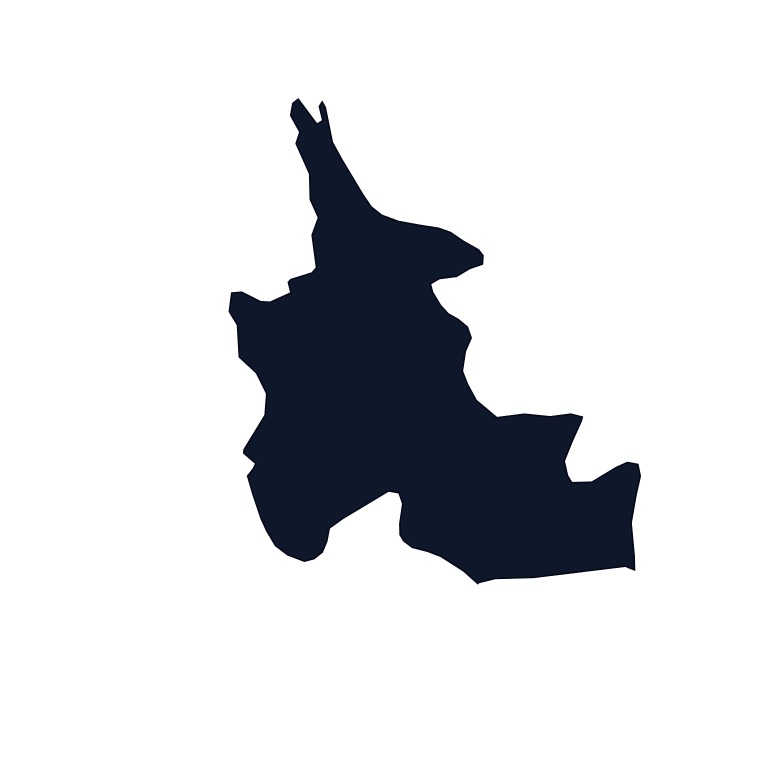 SVG path tracing the border of East Ayrshire, rotated 149°
{"feature_id": "GBR-2001", "entity_name": "East Ayrshire", "entity_type": "Unitary District", "adm_level": 1, "iso_a3": "GBR", "parent_name": "United Kingdom", "parent_adm1": "", "projection": "mercator", "projection_center": [-4.337, 55.451], "detail": "fine", "context": "isolated", "style": "filled", "palette": "ink", "viewbox_px": 768, "rotation_deg": 149, "n_neighbors": 0, "source": "natural_earth", "source_scale": "10m", "svg_char_len": 1514}
<svg xmlns="http://www.w3.org/2000/svg" viewBox="0 0 768 768"><g transform="rotate(149 384 384)"><path d="M282.3,445.9L292.7,445.9L295.1,437.5L295.1,422.1L292.7,410.8L287.1,401.0L283.2,389.8L285.5,378.6L297.5,370.1L310.2,354.7L312.6,340.6L313.4,322.4L304.6,297.0L279.2,285.8L258.5,270.3L239.3,261.9L231.0,253.5L234.1,250.6L252.4,237.9L269.2,225.2L273.9,211.1L273.9,202.7L256.4,192.8L243.7,192.8L227.7,192.8L215.8,191.4L207.8,184.3L211.8,173.0L225.3,158.9L243.7,137.7L258.0,108.0L265.0,95.6L271.1,103.6L355.4,141.2L388.8,160.0L405.0,165.0L406.4,164.6L412.1,182.9L424.0,206.9L432.8,218.2L443.9,229.4L447.9,239.3L447.9,246.4L442.3,256.2L429.6,271.7L427.2,283.0L435.2,290.0L445.5,290.0L459.1,290.0L488.5,290.0L505.2,288.6L514.0,278.7L523.5,271.7L533.9,270.3L543.5,273.1L554.6,287.2L560.2,301.3L560.2,318.1L558.6,332.2L553.0,357.5L548.3,375.4L540.0,378.5L534.8,381.9L539.8,396.9L537.8,399.8L502.0,418.5L489.5,436.1L487.6,459.2L494.1,481.7L479.2,510.1L479.3,525.7L467.7,540.4L458.7,536.0L447.5,518.2L439.5,512.7L416.8,510.1L413.6,520.5L410.0,521.5L388.7,516.3L382.0,518.4L368.9,548.7L354.5,560.3L352.1,580.2L339.5,602.4L335.5,635.4L326.3,643.4L325.7,662.2L317.6,671.5L310.8,672.4L307.7,641.3L300.8,641.3L296.5,655.2L291.7,657.7L291.9,651.3L298.3,633.2L303.8,617.9L304.6,596.9L304.6,580.2L304.6,557.8L303.8,542.5L299.1,529.9L287.9,515.9L272.0,501.9L256.9,489.3L248.9,479.5L242.5,465.5L233.8,450.1L233.0,443.1L237.8,436.1L251.3,438.9L266.4,438.9L282.3,445.9Z" fill="#0f172a" stroke="#020617" stroke-width="1.5"/></g></svg>